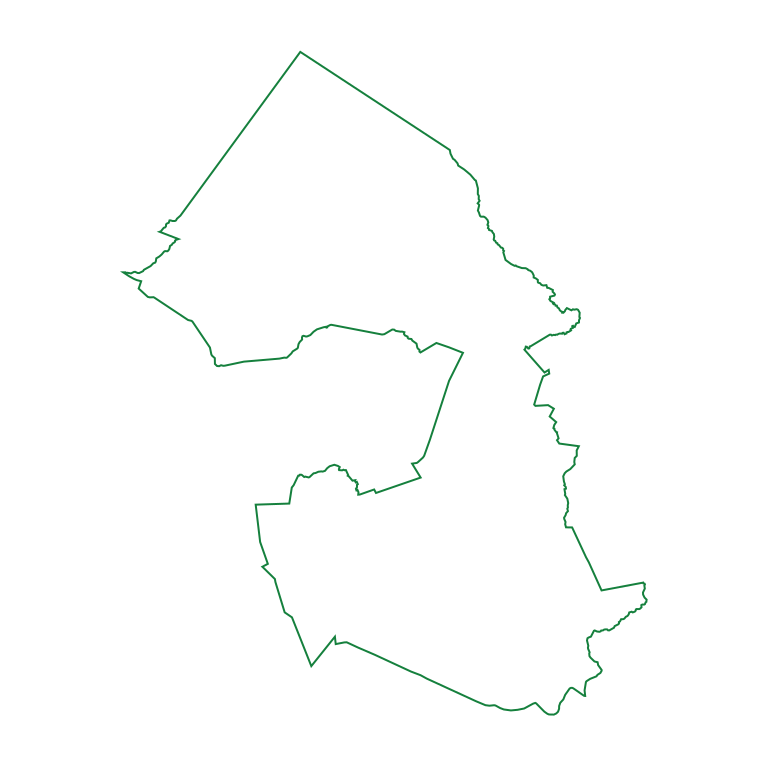 Kieni, Central, Kenya (Natural Earth projection), rotated 269°
{"feature_id": "3690345B61847449937296", "entity_name": "Kieni", "entity_type": "district", "adm_level": 2, "iso_a3": "KEN", "parent_name": "Kenya", "parent_adm1": "Central", "projection": "natural_earth1", "projection_center": [36.912, -0.221], "detail": "fine", "context": "isolated", "style": "outline", "palette": "green", "viewbox_px": 768, "rotation_deg": 269, "n_neighbors": 0, "source": "geoboundaries", "source_scale": "gbopen_adm2", "svg_char_len": 6122}
<svg xmlns="http://www.w3.org/2000/svg" viewBox="0 0 768 768"><g transform="rotate(269 384 384)"><path d="M540.1,162.3L532.5,181.0L531.7,178.4L531.0,177.6L530.0,177.6L529.2,176.8L528.2,175.1L526.9,174.3L525.8,172.5L522.7,171.7L521.1,170.6L520.5,169.7L520.7,167.4L520.2,166.4L517.4,164.0L515.4,161.6L513.6,158.5L510.6,158.0L509.4,157.4L508.7,155.4L506.0,152.7L502.4,146.0L501.0,145.0L499.2,141.1L499.3,139.6L500.5,137.1L500.4,135.9L499.0,133.0L499.7,129.4L499.5,128.4L500.2,127.4L500.2,125.2L496.1,131.2L493.4,135.9L492.2,138.6L491.0,143.0L483.7,140.4L475.2,149.4L474.7,151.4L474.8,155.1L474.3,156.0L451.4,189.2L450.5,192.7L449.7,193.6L423.5,210.6L416.5,211.9L415.3,212.6L412.8,215.3L407.0,215.3L404.9,217.4L404.7,219.5L405.6,221.4L405.0,223.6L405.1,225.2L408.8,244.3L411.2,279.9L412.1,284.7L411.9,286.7L412.2,287.6L416.2,291.9L418.2,293.3L420.9,297.8L421.7,298.5L425.3,299.2L427.4,300.4L429.9,302.9L431.9,302.8L433.2,303.3L433.6,304.4L432.8,306.9L433.0,308.2L434.2,311.2L437.5,314.5L439.8,317.9L441.8,324.6L442.2,327.0L441.4,327.4L441.6,328.2L442.4,328.1L444.0,331.4L444.1,332.5L433.5,382.9L433.8,385.2L438.3,393.2L438.2,395.0L436.9,396.7L436.0,401.6L436.1,402.9L435.4,405.3L433.7,404.8L432.2,405.8L431.0,408.4L429.8,408.5L428.9,409.3L428.5,412.2L426.9,413.1L423.8,417.2L420.0,417.9L418.9,418.4L417.5,420.1L415.8,420.0L414.9,421.0L424.1,437.1L419.5,449.7L413.8,463.5L386.0,449.1L327.4,428.9L311.5,422.9L309.8,421.7L305.3,416.6L304.5,415.4L303.9,410.7L289.8,419.0L275.2,374.1L278.7,372.3L273.9,357.9L273.8,356.3L276.2,356.6L278.6,355.6L278.1,354.6L279.7,354.1L281.3,355.2L283.6,355.2L284.3,356.1L286.6,355.1L286.1,354.1L287.6,353.2L288.3,353.5L287.9,350.8L292.4,347.1L292.9,346.1L293.8,346.5L298.6,344.4L298.5,343.0L299.0,341.9L298.4,340.7L298.7,337.6L299.7,337.4L301.7,338.3L302.9,336.5L304.1,332.9L302.7,328.2L300.8,325.7L298.2,323.5L297.5,321.2L297.7,319.7L297.4,316.8L296.2,314.0L295.9,312.0L292.2,307.9L291.9,307.1L292.8,303.6L292.4,302.6L294.4,300.4L294.8,299.5L294.7,298.1L293.9,297.8L293.8,296.6L284.4,291.9L282.1,290.0L266.1,287.2L265.6,253.6L228.2,257.4L206.2,264.7L203.4,259.2L190.9,271.5L187.8,272.0L157.4,280.7L152.3,287.9L103.2,306.4L132.2,330.5L124.8,331.2L126.3,339.7L126.4,342.2L121.0,353.3L113.4,370.1L96.0,406.0L92.2,415.5L88.7,421.6L65.1,470.7L61.1,479.8L60.5,483.8L60.9,488.5L60.6,489.9L58.0,494.4L56.5,498.1L55.4,505.2L55.9,511.9L57.1,518.5L61.8,527.5L62.5,529.7L62.0,530.6L53.6,538.6L51.4,541.6L50.7,543.2L50.5,548.1L51.6,550.5L53.3,552.3L56.2,553.4L59.0,553.5L62.2,554.7L65.5,557.8L70.0,559.7L76.3,564.3L76.9,565.6L76.9,566.9L76.4,568.0L70.1,576.7L68.7,578.7L68.6,579.7L74.2,579.2L82.5,580.7L83.3,581.3L85.6,585.0L88.0,591.3L89.5,592.4L91.3,595.3L93.5,596.6L94.3,596.6L99.2,593.2L102.1,592.7L102.9,589.6L106.7,585.8L108.3,584.7L110.9,584.5L112.2,584.9L115.6,583.5L116.8,583.3L118.7,583.7L124.0,582.5L126.2,583.0L126.9,584.0L127.8,586.5L133.6,589.6L133.9,590.4L132.8,592.7L132.5,595.1L132.9,596.3L133.7,596.8L133.8,598.6L134.6,599.8L134.8,601.0L134.7,602.9L133.8,603.7L133.7,604.9L136.3,609.7L137.9,610.4L139.7,614.2L140.6,614.8L141.9,614.7L142.5,615.8L144.7,617.0L144.7,619.1L145.2,620.2L147.0,621.7L147.8,623.4L149.3,624.6L151.3,625.2L152.0,627.7L151.3,628.7L151.6,629.7L152.1,630.9L153.0,631.7L154.2,631.9L154.6,632.7L154.5,635.3L155.1,636.4L156.3,637.6L158.4,637.4L159.0,638.4L158.9,640.2L159.3,641.0L161.2,641.8L161.6,642.5L163.8,642.8L165.9,640.8L168.9,639.4L171.0,639.3L174.9,641.2L178.0,640.8L178.9,641.4L179.8,641.1L180.1,639.9L180.9,639.7L173.8,597.9L202.1,585.7L207.2,583.0L237.3,569.6L237.5,563.5L240.6,562.7L242.9,563.1L245.8,561.9L247.1,561.7L249.7,563.3L251.6,563.8L253.7,565.7L256.1,565.1L257.2,565.7L259.6,565.6L261.7,566.1L266.1,565.3L269.8,562.9L270.9,563.3L275.7,562.6L276.2,564.1L277.9,563.9L279.6,562.4L280.6,563.1L283.4,562.2L288.6,561.6L291.6,563.1L293.3,564.8L295.7,568.8L300.3,573.3L302.7,572.9L306.7,573.4L308.8,575.5L314.2,575.5L318.4,577.7L321.4,558.2L324.8,556.0L326.6,557.6L332.0,556.0L332.7,556.2L333.0,555.3L335.5,553.5L336.4,553.6L337.0,552.6L340.2,553.6L342.9,555.5L348.6,549.1L356.3,553.4L360.0,547.7L359.5,535.0L360.8,533.8L380.6,540.1L388.8,543.2L391.5,549.4L395.2,548.9L392.7,544.7L415.9,525.0L416.9,525.9L418.9,526.4L418.7,527.5L416.9,528.9L417.1,529.9L419.0,530.4L419.2,531.3L430.4,550.6L430.4,551.8L429.6,552.7L430.2,554.6L429.9,556.0L430.4,556.8L430.3,558.2L431.0,559.2L431.4,560.6L431.2,563.0L432.0,563.4L432.1,564.5L430.6,565.4L431.4,567.4L432.4,567.4L432.8,568.3L432.8,569.4L434.3,571.9L435.0,571.4L435.9,571.7L436.8,573.8L438.5,573.2L438.9,574.0L438.0,574.6L437.7,575.7L441.2,577.3L442.1,580.0L444.4,580.1L446.6,581.1L447.6,580.5L451.9,580.9L454.8,579.3L455.4,578.0L455.0,575.4L455.4,574.2L454.4,572.7L456.7,568.2L454.9,566.6L453.6,566.1L452.1,564.6L452.2,563.5L453.0,563.7L453.2,562.8L454.6,561.1L456.6,560.2L457.5,558.8L459.3,558.2L459.3,556.9L460.4,556.6L461.0,555.8L460.8,555.0L461.5,554.4L462.3,555.1L464.1,551.9L465.9,550.8L466.5,551.5L468.4,551.6L469.4,555.9L470.4,556.5L471.5,556.0L473.3,554.2L475.0,554.5L477.2,550.3L477.3,548.9L480.0,548.1L479.7,544.9L480.4,543.1L482.0,541.9L482.6,540.0L483.2,539.6L485.4,539.6L486.9,537.7L487.9,535.5L489.9,535.6L492.3,534.5L493.2,534.0L494.7,532.2L495.4,530.2L496.2,529.7L497.3,527.7L497.5,523.9L499.5,518.4L500.2,517.8L499.9,516.6L501.7,513.2L505.9,507.7L513.5,505.6L514.9,506.3L515.5,505.5L517.2,505.5L518.1,504.6L518.4,503.3L520.9,501.4L521.6,500.1L522.8,499.8L523.4,498.5L525.2,497.7L525.7,496.6L526.6,496.2L529.4,496.8L532.0,496.5L534.0,495.0L535.2,494.6L536.2,491.7L537.4,491.5L538.1,490.6L539.8,491.1L540.6,491.0L541.3,490.2L543.8,491.1L546.1,490.4L548.5,488.4L549.1,487.5L549.6,486.6L549.6,483.9L550.5,482.9L553.8,481.9L555.8,480.9L560.7,482.2L561.6,482.2L563.0,480.8L565.5,482.8L567.2,481.9L570.4,482.1L572.3,481.1L578.0,481.3L585.8,479.4L586.4,478.4L591.8,474.0L597.1,467.9L601.1,462.0L603.3,461.4L606.9,458.5L608.0,456.9L613.1,454.5L616.8,453.9L717.5,306.1L555.9,183.4L552.9,179.9L551.2,178.9L550.6,177.7L550.7,175.3L551.3,173.5L551.3,172.4L549.0,171.6L548.1,169.5L547.4,168.9L545.4,168.7L544.4,167.9L544.0,166.5L540.5,163.5L540.1,162.3Z" fill="none" stroke="#15803d" stroke-width="2"/></g></svg>